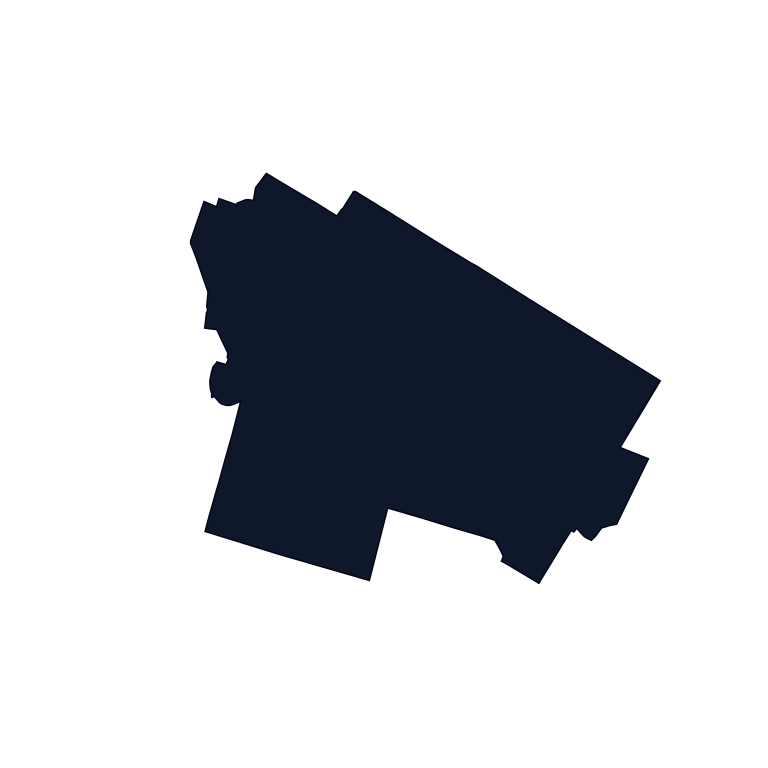 the district of Bogdana, Teleorman, Romania, rotated 146°
{"feature_id": "2599482B84849279259859", "entity_name": "Bogdana", "entity_type": "district", "adm_level": 2, "iso_a3": "ROU", "parent_name": "Romania", "parent_adm1": "Teleorman", "projection": "orthographic", "projection_center": [25.095, 43.922], "detail": "fine", "context": "isolated", "style": "filled", "palette": "ink", "viewbox_px": 768, "rotation_deg": 146, "n_neighbors": 0, "source": "geoboundaries", "source_scale": "gbopen_adm2", "svg_char_len": 1707}
<svg xmlns="http://www.w3.org/2000/svg" viewBox="0 0 768 768"><g transform="rotate(146 384 384)"><path d="M431.2,635.9L464.0,611.1L465.7,608.8L469.1,593.8L475.0,571.8L478.5,558.5L488.0,547.0L488.0,545.4L489.1,544.1L490.2,542.8L491.3,542.4L501.2,530.8L501.4,530.6L495.9,525.8L492.3,522.7L492.5,521.0L493.1,516.8L493.7,513.4L494.8,505.9L495.7,500.2L496.2,496.9L499.2,493.6L499.3,491.4L504.2,488.5L505.5,490.1L510.1,495.7L512.4,494.8L514.6,494.3L516.5,493.6L521.0,489.7L525.7,485.0L527.1,483.3L529.2,479.8L530.7,477.0L532.5,471.7L533.4,470.9L534.3,469.5L533.8,468.7L531.7,469.0L530.8,461.0L530.1,458.6L526.9,454.7L523.9,452.5L521.7,451.8L519.5,451.1L512.5,449.8L538.0,427.1L559.1,409.3L577.4,393.6L584.0,388.2L597.8,376.5L601.5,373.4L608.8,367.1L613.6,362.8L614.8,361.7L612.4,358.9L566.4,301.6L506.0,229.3L450.3,279.1L428.2,252.5L406.5,225.6L389.1,204.8L379.7,192.8L379.5,192.0L380.3,181.9L381.4,174.6L383.0,173.4L385.7,171.5L385.6,171.4L382.8,165.7L381.1,162.3L380.6,161.2L378.6,156.9L371.2,141.1L369.1,136.5L367.0,132.1L364.5,133.4L346.6,141.6L325.9,151.2L310.7,157.8L309.5,155.3L308.5,155.3L305.3,156.6L304.8,155.7L304.3,151.7L303.4,145.9L302.1,142.9L299.5,138.4L294.2,139.4L284.1,143.0L281.9,142.2L275.6,140.3L269.6,137.7L245.3,151.8L206.6,174.1L223.7,199.3L153.2,232.1L158.5,244.0L180.0,292.1L208.5,355.7L212.9,365.6L216.0,372.5L241.2,429.9L244.3,435.8L259.9,469.7L286.4,529.4L299.9,559.2L300.7,560.1L301.8,560.6L304.6,559.3L319.6,552.7L321.8,552.5L329.2,549.6L338.0,569.6L355.7,607.0L363.8,624.4L380.8,618.5L386.4,612.5L389.7,609.3L393.7,613.0L396.7,614.4L400.3,615.1L404.6,616.1L406.0,615.0L417.1,630.0L423.7,624.6L429.1,632.8L431.2,635.9Z" fill="#0f172a" stroke="#020617" stroke-width="1.5"/></g></svg>